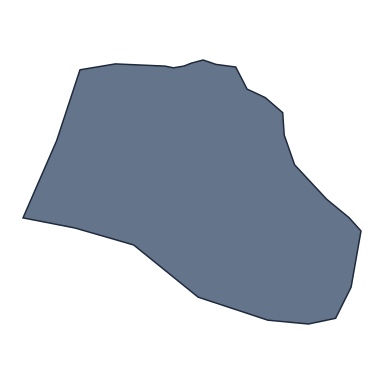 an SVG outline of Mežica
{"feature_id": "SVN-970", "entity_name": "Mežica", "entity_type": "Municipality", "adm_level": 1, "iso_a3": "SVN", "parent_name": "Slovenia", "parent_adm1": "", "projection": "mercator", "projection_center": [14.856, 46.525], "detail": "fine", "context": "isolated", "style": "filled", "palette": "slate", "viewbox_px": 384, "rotation_deg": 0, "n_neighbors": 0, "source": "natural_earth", "source_scale": "10m", "svg_char_len": 440}
<svg xmlns="http://www.w3.org/2000/svg" viewBox="0 0 384 384"><path d="M23.0,217.9L56.6,140.8L80.0,69.8L115.4,63.9L165.0,66.1L173.4,67.8L183.8,66.1L191.7,63.0L203.1,60.0L216.0,64.4L235.7,67.0L247.1,89.1L265.4,97.7L282.7,112.7L284.2,135.0L294.6,164.8L326.7,199.3L349.1,217.7L361.0,231.0L351.1,287.2L335.6,318.3L308.4,324.0L267.9,320.2L198.2,297.2L133.7,245.0L74.9,228.0L23.0,217.9Z" fill="#64748b" stroke="#1e293b" stroke-width="1.5"/></svg>